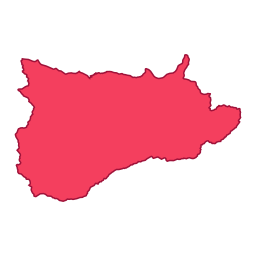 Chiang Klang, Nan, Thailand (Albers equal-area conic projection)
{"feature_id": "78962969B24859706501425", "entity_name": "Chiang Klang", "entity_type": "district", "adm_level": 2, "iso_a3": "THA", "parent_name": "Thailand", "parent_adm1": "Nan", "projection": "albers", "projection_center": [100.906, 19.299], "detail": "fine", "context": "isolated", "style": "filled", "palette": "rose", "viewbox_px": 256, "rotation_deg": 0, "n_neighbors": 0, "source": "geoboundaries", "source_scale": "gbopen_adm2", "svg_char_len": 5689}
<svg xmlns="http://www.w3.org/2000/svg" viewBox="0 0 256 256"><path d="M210.2,93.8L207.8,93.5L206.3,94.2L203.9,94.4L201.4,93.5L200.5,92.6L200.0,90.2L198.1,88.5L197.5,86.6L196.4,85.7L196.0,82.9L195.5,82.0L194.6,81.6L191.0,81.4L188.7,79.9L186.3,79.2L184.1,78.9L183.3,78.4L183.3,77.7L183.9,76.7L184.2,75.5L184.1,74.7L183.7,73.4L183.8,72.5L184.9,69.6L186.7,67.2L187.3,65.8L188.6,64.3L188.4,62.5L189.2,59.8L189.1,58.9L188.1,57.2L187.7,55.7L187.3,55.3L186.2,54.8L185.1,54.9L184.8,55.2L184.5,57.2L183.2,59.4L182.8,60.3L182.7,62.4L182.2,63.4L178.8,65.3L178.2,65.8L176.7,69.6L175.3,71.5L173.1,73.0L169.6,73.4L166.8,74.4L164.1,76.9L162.7,77.8L158.9,78.5L157.7,78.3L155.4,77.4L154.0,76.3L150.6,71.3L148.7,69.6L146.2,68.7L145.7,68.8L145.4,69.2L145.5,72.0L145.0,72.7L143.1,74.3L142.3,75.7L141.3,76.0L140.6,76.8L139.5,76.8L138.6,77.1L137.7,77.1L136.4,77.6L134.1,77.2L133.0,77.5L130.1,75.6L127.7,75.3L125.0,74.6L123.6,74.5L122.0,73.6L119.0,74.1L116.7,72.9L113.9,72.6L111.4,71.7L109.5,71.5L106.5,71.6L106.0,72.3L105.2,72.4L105.0,72.7L104.2,72.7L103.5,73.2L102.8,73.1L102.5,73.4L101.7,73.2L100.3,73.5L99.1,72.8L98.4,72.8L97.0,73.5L96.8,73.2L96.6,73.4L96.3,73.4L96.1,73.7L95.6,73.3L95.5,73.7L94.6,73.8L94.2,74.3L94.4,74.6L93.6,74.8L92.6,75.6L92.2,75.4L91.9,75.8L91.3,75.7L90.5,75.9L90.6,76.4L91.3,77.0L89.8,77.5L89.7,78.3L88.6,77.4L87.7,76.0L86.9,75.4L82.4,73.1L80.7,72.6L80.4,72.3L79.8,72.2L79.2,71.4L77.4,72.8L76.2,73.2L75.9,73.5L73.0,73.3L71.4,72.9L68.3,73.2L66.0,74.1L65.4,74.1L61.0,71.0L58.8,70.7L56.2,68.5L55.5,68.5L54.0,69.2L53.5,69.2L46.3,66.1L41.3,64.6L40.1,63.6L39.3,62.5L37.9,60.1L37.3,60.1L35.6,61.4L34.6,61.6L32.8,61.3L28.5,59.5L24.1,59.1L22.3,58.8L22.2,60.0L21.3,60.6L21.1,61.0L21.8,63.1L22.0,64.7L22.9,65.1L23.1,65.5L23.0,66.2L22.6,66.7L22.6,67.9L23.3,68.1L23.6,69.1L23.6,70.5L22.5,71.0L22.6,72.0L23.5,72.5L24.5,73.8L25.6,74.1L26.7,74.7L26.6,75.5L27.0,76.0L26.6,76.5L26.6,76.9L28.1,78.1L28.6,78.8L27.7,80.9L28.4,81.2L28.4,82.2L29.0,83.3L28.6,84.3L28.6,85.4L28.3,85.8L26.8,86.1L25.3,86.8L22.0,89.0L18.8,89.1L18.1,89.5L18.1,89.9L18.5,90.5L20.3,91.5L20.7,92.3L22.0,94.0L23.0,94.9L23.5,95.9L27.9,97.8L29.2,100.0L28.8,101.2L28.9,101.5L31.6,103.6L32.2,104.7L33.2,105.5L34.0,106.6L34.4,107.5L33.6,108.3L33.6,109.6L32.2,111.9L32.3,112.8L32.8,114.2L31.9,114.9L31.5,115.7L30.5,116.8L30.5,118.3L29.8,120.5L27.9,122.2L28.3,124.4L27.7,124.9L26.7,126.2L26.5,127.3L24.1,128.1L23.4,128.1L22.8,127.8L20.8,127.9L18.6,128.8L18.2,129.3L17.0,132.6L15.5,134.2L15.4,134.9L15.8,135.8L15.9,136.7L18.2,140.5L18.1,142.0L18.6,142.7L18.8,143.3L18.6,145.7L19.1,147.0L19.1,148.0L17.6,149.8L17.1,150.2L20.1,153.9L20.4,154.9L20.3,155.7L19.7,156.8L20.0,158.3L19.4,159.0L19.3,159.6L19.5,160.8L20.7,162.4L20.6,163.2L19.9,164.1L18.4,164.8L17.7,164.5L17.0,164.6L16.4,165.2L17.3,167.7L17.4,168.9L17.9,169.8L17.8,171.4L17.9,172.2L18.5,173.1L18.9,173.5L21.4,174.1L23.9,176.7L25.8,177.6L26.0,177.8L26.0,178.7L26.4,179.2L28.8,179.3L29.7,180.4L30.2,181.9L30.3,183.5L29.9,184.4L28.9,185.2L29.9,186.0L31.4,186.7L31.7,187.1L31.2,189.6L31.3,190.3L32.5,192.9L33.9,194.3L34.0,196.0L35.1,196.5L36.0,196.5L40.2,193.8L43.6,193.6L45.5,194.3L47.5,196.0L51.0,196.2L51.7,196.6L52.7,197.7L54.1,197.9L55.0,198.6L56.7,198.5L58.1,199.2L59.4,200.4L63.2,201.2L66.1,200.2L67.3,199.1L69.2,199.3L71.2,199.0L73.0,199.4L76.9,198.6L79.9,197.5L82.5,197.3L83.7,196.5L86.0,195.8L86.3,195.5L86.6,194.4L87.5,193.4L87.5,191.9L89.2,190.2L90.1,188.0L90.6,187.2L94.0,185.5L94.5,185.0L95.0,184.1L95.6,183.4L96.0,183.3L97.0,183.8L98.1,184.0L98.3,183.6L98.3,182.8L99.2,182.5L99.6,181.8L101.2,181.8L102.0,180.8L103.3,180.2L104.1,178.5L104.6,178.5L105.4,178.8L106.2,178.4L107.4,176.8L108.2,176.1L109.2,174.3L110.1,173.9L112.4,172.0L113.5,171.5L114.4,170.6L116.5,169.5L119.0,169.5L122.3,168.7L123.5,168.2L124.7,168.4L125.3,168.0L126.4,167.9L127.4,167.2L129.1,166.4L130.8,164.9L132.1,164.9L133.1,164.4L133.3,163.8L136.4,163.3L137.9,162.3L138.2,161.6L140.8,161.8L142.0,161.0L145.2,160.3L147.1,158.7L151.0,156.5L151.5,156.4L152.0,156.6L153.1,158.1L153.5,158.3L157.2,157.1L158.1,157.1L161.5,159.2L164.3,157.9L164.9,157.9L165.8,158.5L166.1,160.1L167.2,161.2L169.7,160.5L173.7,160.6L177.3,159.1L178.9,159.4L180.2,159.3L181.8,158.6L183.1,158.7L183.8,158.2L186.5,158.7L187.7,158.1L189.6,157.7L191.4,158.4L192.1,158.4L192.8,158.6L193.9,158.4L196.0,157.4L196.6,156.5L197.4,156.0L197.6,154.5L199.4,153.8L200.3,152.5L200.4,152.0L200.3,150.6L200.9,149.5L200.2,148.3L201.0,147.1L201.0,145.0L201.8,144.7L202.4,144.7L203.2,143.7L204.3,143.5L204.8,142.6L205.8,141.6L207.2,140.9L208.3,140.9L208.5,141.3L209.1,141.8L209.4,142.3L210.3,142.3L210.7,142.5L211.6,142.5L211.9,143.3L212.1,143.5L214.0,143.4L214.6,143.6L215.2,143.5L216.0,142.8L216.3,142.3L218.2,141.6L220.7,141.4L220.9,140.3L222.1,139.5L223.3,139.1L224.1,138.0L224.6,137.8L224.7,137.2L225.5,137.0L226.1,136.5L226.7,135.1L227.7,134.8L229.1,133.8L230.0,133.4L230.7,131.2L231.8,130.7L232.4,130.1L234.1,128.9L234.9,128.0L236.1,127.5L236.8,125.8L239.5,122.3L239.6,121.6L238.6,121.1L238.5,120.4L240.0,118.5L240.6,117.4L240.2,116.2L240.2,115.2L240.0,114.8L240.3,114.2L240.2,113.4L240.5,112.4L240.2,111.8L240.3,111.3L239.8,110.7L240.0,109.1L239.5,108.6L238.8,108.6L238.0,109.1L237.1,109.1L236.8,109.0L236.6,108.1L236.3,107.9L235.0,107.6L233.4,107.6L232.9,107.1L230.8,107.1L229.1,105.8L228.2,106.5L227.2,106.7L226.8,106.3L225.8,106.2L225.1,105.5L224.5,105.2L223.5,105.0L221.4,106.1L221.0,105.9L220.1,106.1L219.3,105.6L218.8,105.6L218.6,106.4L217.7,106.6L216.8,107.5L216.1,109.1L214.7,109.4L213.7,110.2L211.2,110.7L210.1,110.0L210.2,108.7L209.3,108.2L209.0,107.8L210.9,105.5L210.1,102.9L210.8,99.9L210.6,98.9L210.5,97.7L210.2,97.3L209.5,97.1L209.0,96.0L209.2,95.5L210.0,94.9L210.2,93.8Z" fill="#f43f5e" stroke="#9f1239" stroke-width="1.5"/></svg>